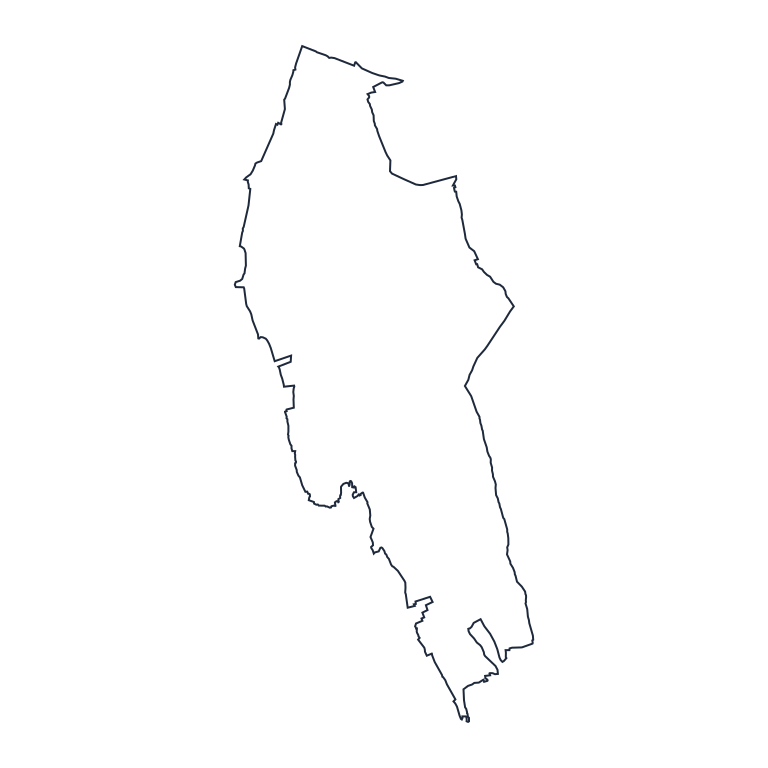 Poienesti, Vaslui, Romania (orthographic projection)
{"feature_id": "2599482B16648644353731", "entity_name": "Poienesti", "entity_type": "district", "adm_level": 2, "iso_a3": "ROU", "parent_name": "Romania", "parent_adm1": "Vaslui", "projection": "orthographic", "projection_center": [27.554, 46.58], "detail": "fine", "context": "isolated", "style": "outline", "palette": "slate", "viewbox_px": 768, "rotation_deg": 0, "n_neighbors": 0, "source": "geoboundaries", "source_scale": "gbopen_adm2", "svg_char_len": 6083}
<svg xmlns="http://www.w3.org/2000/svg" viewBox="0 0 768 768"><path d="M461.8,719.5L462.5,718.0L462.4,716.4L465.8,716.4L466.2,716.7L466.7,718.9L466.6,721.3L468.1,721.9L469.0,721.3L469.0,717.9L467.9,716.7L467.5,713.8L467.0,713.2L467.1,712.4L466.2,708.9L465.1,707.3L464.0,700.2L463.5,689.3L468.0,685.9L472.1,684.5L474.3,682.9L478.8,682.6L483.2,679.8L483.5,679.7L484.1,681.8L487.3,680.9L487.6,680.6L487.4,679.7L485.4,678.2L485.1,675.9L490.1,675.3L489.5,673.4L490.0,673.1L492.7,673.2L495.0,674.2L497.9,673.9L497.5,669.8L495.5,666.0L485.1,656.1L484.2,654.6L483.8,652.1L481.7,647.2L480.2,645.2L476.8,642.5L474.1,638.5L470.0,634.1L468.6,631.2L468.3,628.8L470.0,628.3L471.6,626.8L473.7,622.9L480.6,619.2L484.3,626.2L490.1,633.8L494.3,641.5L497.3,649.2L499.5,657.6L500.7,660.1L502.4,661.9L503.9,661.0L506.4,658.1L505.8,657.2L505.9,652.8L505.6,650.1L509.4,650.1L509.6,648.4L512.0,647.7L521.9,647.4L531.5,644.0L532.5,643.6L532.7,642.9L532.3,640.4L533.2,639.8L532.9,635.7L529.3,623.2L528.9,620.1L527.9,616.6L527.2,609.0L525.5,603.4L526.0,602.1L525.8,600.3L526.1,597.1L526.0,595.2L525.5,594.3L525.1,591.6L521.8,586.6L517.0,581.7L515.5,575.6L514.9,574.5L514.6,572.0L513.0,567.9L510.4,563.7L510.2,561.4L507.0,554.4L507.6,550.1L507.2,547.4L508.4,544.5L508.3,538.1L507.7,533.4L507.2,531.9L507.2,529.4L504.3,519.1L503.2,517.8L500.9,509.1L500.0,507.2L499.3,503.4L498.6,502.3L497.8,498.4L496.1,495.1L495.5,488.0L495.8,484.5L495.0,481.4L493.0,476.7L492.9,474.2L492.0,470.5L492.1,467.6L490.7,462.8L490.8,459.2L490.3,457.6L489.1,455.9L487.4,451.6L486.7,447.3L483.9,439.1L482.7,430.6L482.1,429.6L481.4,425.7L480.4,423.1L480.0,419.7L479.5,418.5L479.5,416.9L476.6,411.7L471.2,396.1L464.9,386.0L468.3,379.9L469.6,374.8L472.1,370.3L473.4,366.4L477.3,357.9L484.8,349.4L487.4,345.8L500.0,326.7L504.4,320.8L510.1,311.4L513.8,306.4L508.4,298.3L506.9,296.9L505.7,293.9L505.4,291.2L503.2,287.3L499.8,284.7L495.9,283.7L493.4,281.8L490.1,276.7L487.0,274.9L483.9,271.9L482.1,269.3L478.1,267.3L477.2,264.2L476.2,264.3L474.6,260.3L477.9,259.2L474.2,251.2L469.4,247.5L465.6,238.7L464.9,233.8L462.3,219.8L461.6,217.7L461.9,214.5L461.4,210.3L459.7,203.9L458.4,201.4L456.7,196.5L456.2,191.7L454.9,191.6L454.6,190.8L454.0,187.9L455.4,187.2L454.9,185.5L452.9,185.5L456.3,179.3L456.0,176.1L423.0,185.0L420.1,185.1L415.9,184.5L404.2,179.3L392.0,173.6L390.0,171.2L390.4,160.4L387.2,155.5L385.6,152.2L379.1,136.1L377.3,130.8L377.1,129.1L374.9,125.3L374.8,123.7L373.8,121.0L373.6,115.3L372.2,112.3L371.8,109.5L370.1,105.9L369.8,104.0L368.2,101.9L367.5,99.4L369.1,97.5L369.2,97.0L369.1,96.0L367.6,94.1L371.2,92.6L375.1,92.0L373.2,87.0L382.2,82.3L383.4,82.5L386.2,85.3L389.4,85.3L399.0,83.1L402.4,81.6L402.8,80.8L395.7,78.7L388.9,78.0L385.1,76.6L379.2,75.4L372.2,73.0L361.9,68.4L355.8,62.2L355.2,62.4L354.1,65.7L334.5,58.1L331.2,57.6L329.2,57.9L327.6,56.3L325.6,55.2L316.8,52.2L315.9,51.4L302.2,46.1L296.1,63.5L295.1,67.4L295.4,69.6L293.4,70.2L293.3,71.8L292.4,75.1L290.4,79.8L289.9,81.9L289.9,84.7L289.1,87.9L285.1,98.5L284.2,99.7L284.9,109.1L281.1,122.8L281.4,124.0L281.0,124.4L278.2,122.8L277.4,124.7L276.0,124.0L274.0,130.2L273.3,133.6L261.2,161.1L256.9,162.6L255.4,163.6L255.0,165.4L252.8,170.6L250.6,174.2L246.2,177.4L244.3,179.5L247.9,180.4L247.8,181.9L248.6,184.5L248.8,188.3L250.3,188.9L248.5,205.5L243.7,226.9L242.8,228.5L242.9,230.9L242.2,232.5L239.8,246.2L241.1,246.5L244.0,248.6L244.5,249.7L245.6,253.1L245.9,265.6L245.1,268.7L244.5,273.4L243.6,274.5L242.2,279.0L240.1,280.7L235.7,282.1L234.8,284.7L235.8,287.1L243.7,287.3L244.2,288.6L246.2,304.0L246.8,306.2L250.1,311.4L251.3,314.4L252.6,320.4L258.0,334.4L258.3,338.4L259.0,338.6L260.7,337.1L262.8,337.3L265.8,338.7L267.2,340.4L269.1,343.8L270.8,348.1L274.7,361.2L291.1,355.6L290.7,361.8L278.3,366.6L279.0,367.5L279.7,369.5L280.8,374.8L282.2,378.6L283.7,384.5L284.0,386.7L294.1,385.6L294.3,386.6L293.7,388.4L293.3,392.1L293.8,395.9L293.5,399.3L293.8,407.7L286.6,409.5L286.3,410.3L286.6,411.2L285.0,411.7L285.0,412.0L286.7,416.7L286.5,418.3L287.4,419.2L287.4,421.6L288.4,425.7L288.4,431.9L288.0,434.6L288.6,435.8L288.3,437.0L288.8,439.7L290.4,444.4L291.5,445.7L291.5,448.4L292.3,451.1L295.2,451.1L294.8,453.6L295.2,454.8L295.1,456.7L295.4,460.5L296.0,461.5L295.9,462.7L295.1,463.2L295.1,465.7L296.7,470.0L296.8,471.9L298.4,475.6L299.9,477.4L302.2,485.2L305.4,491.8L307.2,491.6L308.2,493.8L309.1,493.8L309.8,494.3L310.0,496.4L309.3,497.3L308.8,500.2L313.9,502.0L314.1,503.6L316.3,504.7L317.8,504.5L318.8,505.6L324.7,505.7L325.6,506.5L327.0,506.4L329.9,507.7L331.1,507.4L331.3,506.4L331.8,506.1L334.0,505.6L335.0,505.8L335.6,506.6L334.9,502.4L336.5,501.2L337.9,501.4L338.3,502.2L338.6,502.0L338.8,501.8L338.4,500.3L338.4,499.1L340.2,498.0L340.1,496.2L340.3,495.2L340.8,495.0L341.1,492.7L341.0,487.0L341.2,486.5L343.4,483.9L346.3,482.8L348.2,483.2L348.9,485.1L349.0,486.6L349.6,484.8L349.8,481.4L350.4,481.0L351.2,481.3L352.1,483.2L352.2,487.2L353.7,487.5L353.8,486.7L354.3,486.3L355.6,487.2L356.2,492.2L353.9,492.3L352.7,494.8L352.9,496.3L354.0,498.0L357.5,496.0L358.8,494.4L359.5,494.7L359.7,495.4L360.2,495.2L360.6,495.0L360.4,494.2L360.7,493.9L362.5,492.6L363.1,492.7L364.8,497.6L367.5,502.2L367.3,503.4L369.8,509.5L370.3,515.5L369.7,519.0L370.1,521.8L371.8,526.9L373.5,528.7L370.5,537.0L372.8,542.4L373.0,545.3L371.1,547.0L371.3,548.1L372.7,550.2L373.8,553.6L374.9,552.4L378.7,551.4L380.4,547.8L381.5,547.5L382.4,548.1L384.4,551.1L385.1,553.6L386.3,554.5L387.3,557.1L388.9,558.9L391.1,564.6L392.3,566.3L393.5,566.8L397.9,570.9L404.5,580.9L405.3,582.6L405.5,587.8L405.2,592.5L405.8,594.3L407.7,607.7L414.8,605.9L413.9,604.3L415.8,603.9L415.5,601.5L430.1,596.8L432.6,602.0L425.9,605.2L427.5,610.1L422.4,612.6L424.2,617.4L421.5,618.5L422.4,620.8L416.0,623.5L415.1,626.4L415.8,627.4L416.1,628.6L416.9,628.5L416.7,631.5L417.0,632.7L418.3,635.2L418.5,636.4L419.6,637.9L418.1,639.6L424.3,647.7L424.8,649.5L425.0,651.8L426.8,655.7L431.8,653.6L432.0,654.0L432.1,655.2L434.7,662.0L442.0,675.0L442.4,676.8L443.1,677.1L445.3,680.2L446.9,684.3L455.4,699.4L453.5,701.4L455.3,703.5L457.0,706.7L459.6,715.7L460.9,718.9L461.8,719.5Z" fill="none" stroke="#1e293b" stroke-width="2"/></svg>